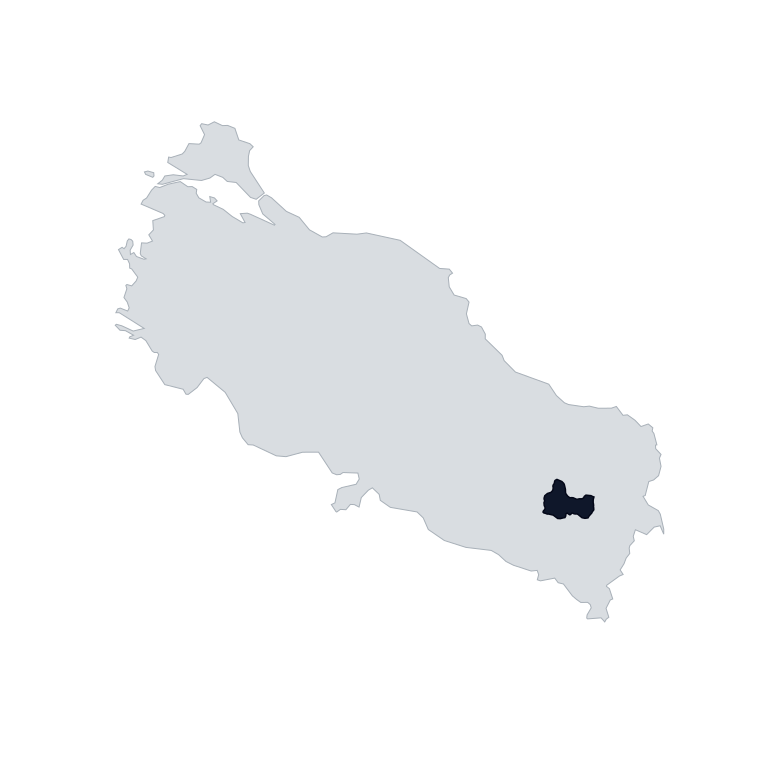 location of Mus within Turkey, rotated 33°
{"feature_id": "TUR-2310", "entity_name": "Mus", "entity_type": "Province", "adm_level": 1, "iso_a3": "TUR", "parent_name": "Turkey", "parent_adm1": "", "projection": "mercator", "projection_center": [41.844, 39.013], "detail": "fine", "context": "in_parent", "style": "filled", "palette": "ink", "viewbox_px": 768, "rotation_deg": 33, "n_neighbors": 0, "source": "natural_earth", "source_scale": "10m", "svg_char_len": 4787}
<svg xmlns="http://www.w3.org/2000/svg" viewBox="0 0 768 768"><g transform="rotate(33 384 384)"><path d="M591.1,276.3L601.5,280.1L604.9,277.3L614.3,277.7L622.7,279.7L627.4,273.6L633.3,274.3L634.5,277.4L637.3,278.5L646.0,286.4L645.0,287.4L647.1,290.3L654.7,292.2L655.4,296.2L661.2,302.2L664.2,311.3L662.4,317.6L659.2,321.6L663.8,335.3L662.4,337.1L671.5,341.5L683.0,340.8L686.6,342.7L697.7,353.4L700.4,357.6L692.8,352.5L688.5,356.9L686.3,367.3L674.2,369.3L676.0,376.0L679.3,379.2L678.2,385.6L679.0,388.1L682.4,392.3L681.9,398.1L683.2,404.1L683.3,411.3L688.3,413.5L686.0,416.9L680.4,431.4L680.8,432.6L684.5,432.9L692.9,439.7L691.4,441.9L692.4,451.2L699.6,457.2L698.5,460.2L698.7,463.3L693.4,461.9L682.7,470.1L681.5,469.9L680.1,467.1L679.7,458.9L677.2,456.7L673.8,456.2L668.0,460.0L662.7,459.8L657.4,459.1L643.4,454.0L638.3,455.8L632.9,453.8L622.4,463.9L619.2,464.7L617.6,459.7L614.0,456.9L609.3,460.7L591.3,465.5L583.0,466.4L572.9,464.7L564.5,465.2L541.7,476.4L519.9,482.4L500.4,481.9L489.8,474.9L481.4,473.3L456.5,484.0L444.3,483.6L440.1,479.2L430.8,477.4L428.7,481.6L426.8,491.6L430.1,500.8L424.8,501.3L421.4,503.3L420.5,510.2L415.7,512.9L414.1,517.1L413.2,517.2L405.5,513.8L407.6,510.4L402.8,497.7L405.1,493.7L415.2,483.3L415.0,477.2L410.6,472.9L397.8,480.6L396.6,483.6L393.7,485.9L389.0,486.8L366.2,476.8L352.8,485.6L341.4,498.3L332.8,502.9L307.5,506.4L303.1,508.9L294.5,506.2L289.3,502.8L277.5,488.4L255.4,477.5L232.0,474.8L230.0,477.6L229.2,488.8L225.5,499.3L223.5,500.4L218.4,497.8L200.5,503.9L185.1,497.1L182.4,494.1L178.9,481.9L176.7,481.0L174.2,482.7L171.6,482.6L160.6,477.3L154.7,477.0L151.1,482.2L145.3,484.3L145.1,482.9L147.4,479.5L138.1,480.1L133.3,482.7L126.6,481.1L127.0,479.7L132.4,478.0L144.8,476.2L152.6,468.0L123.1,468.4L120.3,470.2L119.8,466.0L121.5,464.0L129.3,462.4L128.8,458.9L124.0,455.1L118.8,453.1L116.5,444.2L113.8,441.9L114.2,440.6L119.0,439.1L120.0,432.5L119.3,428.5L109.7,424.9L107.6,425.3L105.2,421.8L101.1,419.2L97.8,421.3L88.1,415.9L89.9,412.0L92.3,412.1L92.7,409.0L90.8,403.9L91.0,401.3L93.1,400.6L95.5,401.1L97.9,404.1L98.2,410.0L100.8,413.5L102.6,410.0L107.0,411.9L114.8,410.1L116.3,408.6L110.6,408.7L108.5,407.3L103.8,397.7L108.6,394.9L112.0,390.2L105.5,387.0L106.7,380.4L101.1,372.9L108.6,363.3L108.3,361.9L105.9,361.3L82.3,365.4L81.9,361.1L83.6,357.3L83.5,348.0L84.5,342.9L88.9,341.4L94.2,334.0L102.9,325.2L112.0,325.4L115.6,322.9L121.0,322.8L122.6,326.3L127.3,328.7L135.6,328.3L139.6,326.0L135.8,321.7L140.5,320.3L144.3,321.3L142.3,326.1L143.4,326.5L154.2,325.1L165.5,326.2L177.9,325.7L179.5,324.2L170.7,319.4L176.3,315.2L179.5,314.4L205.6,310.5L205.7,309.5L189.7,307.4L181.4,301.8L179.2,298.7L180.8,291.3L182.6,289.4L188.3,289.1L208.1,292.4L222.1,290.4L237.5,295.3L252.2,294.3L255.2,292.1L258.9,285.0L279.7,273.1L287.0,266.9L319.3,254.7L367.7,256.8L376.2,252.1L381.1,253.7L379.7,256.8L380.0,259.8L385.8,267.0L394.4,271.2L406.4,267.6L410.7,269.0L414.9,280.3L422.4,287.0L425.9,287.5L430.4,283.6L434.7,283.1L441.8,287.0L444.3,291.0L467.4,295.6L472.1,299.0L487.7,302.4L522.3,294.4L534.9,299.8L545.5,301.5L550.0,300.7L563.9,294.3L568.3,290.7L577.0,287.6L587.9,280.4L591.1,276.3ZM145.1,256.3L144.2,261.4L146.3,266.9L151.2,274.7L156.1,278.6L179.6,289.0L176.2,298.7L170.4,300.2L150.3,295.5L142.2,299.5L136.3,298.5L128.1,300.2L125.8,306.1L120.1,312.7L104.0,321.0L89.4,337.2L85.2,339.3L87.1,333.8L86.9,328.9L93.3,323.3L102.3,318.9L104.7,315.4L82.0,316.0L79.8,311.0L82.1,310.0L89.5,301.0L90.2,297.4L89.5,288.6L98.4,283.5L99.2,281.4L97.7,272.6L89.1,267.5L89.3,265.0L95.4,262.6L98.9,256.5L107.8,255.3L112.0,252.3L119.7,250.8L129.3,258.4L140.6,255.5L145.1,256.3ZM77.5,336.6L69.9,338.0L67.6,336.6L70.0,334.0L75.8,332.2L77.8,334.8L77.5,336.6Z" fill="#d9dde1" stroke="#a8b0b8" stroke-width="1"/><path d="M601.8,378.2L603.1,377.2L604.5,376.4L608.5,375.7L609.5,374.8L610.2,374.0L612.4,372.6L613.4,371.0L613.2,369.1L613.9,367.2L618.4,364.9L619.6,364.8L620.9,364.6L621.6,364.4L622.5,367.1L623.9,369.4L624.9,370.4L625.9,371.6L626.5,372.8L627.3,373.6L628.5,375.3L628.3,378.1L628.5,378.6L628.5,379.3L628.2,381.0L627.9,383.1L628.0,385.2L625.7,387.2L622.9,388.3L617.5,387.7L616.4,388.0L615.3,388.8L614.0,389.4L612.6,389.5L611.9,390.0L611.5,392.0L610.8,392.6L607.9,392.5L607.3,394.0L608.3,395.7L608.5,397.5L607.2,398.7L605.2,400.9L602.9,402.2L597.3,401.8L592.2,403.7L591.8,404.2L590.0,404.5L588.2,405.1L587.1,404.8L586.8,403.6L587.1,401.9L586.8,400.2L584.5,398.6L582.8,396.4L582.6,395.3L582.2,394.3L581.5,393.7L581.1,393.5L580.4,392.5L579.7,390.1L580.7,386.8L583.0,384.0L583.4,382.3L583.2,380.4L582.3,378.7L581.6,378.1L580.9,376.8L581.0,375.4L580.9,374.8L580.7,374.0L580.5,373.6L580.0,372.4L580.1,371.4L581.0,369.8L586.3,368.9L589.0,369.5L590.2,370.3L593.5,373.5L595.4,376.2L596.2,376.9L599.0,378.0L601.8,378.2Z" fill="#0f172a" stroke="#020617" stroke-width="1.5"/></g></svg>